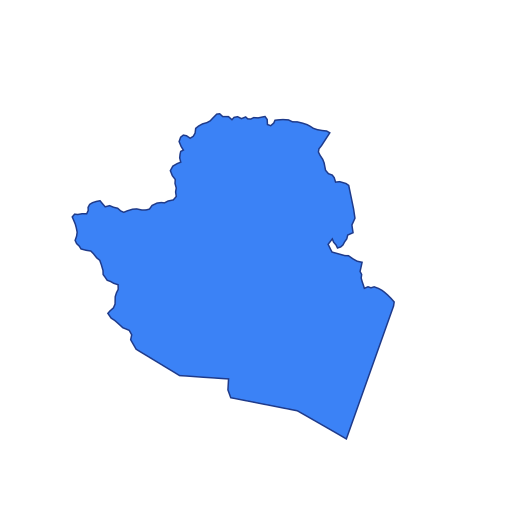 Caturama, Bahia, Brazil (Albers equal-area conic projection), rotated 303°
{"feature_id": "56859067B37674198334036", "entity_name": "Caturama", "entity_type": "district", "adm_level": 2, "iso_a3": "BRA", "parent_name": "Brazil", "parent_adm1": "Bahia", "projection": "albers", "projection_center": [-42.287, -13.232], "detail": "fine", "context": "isolated", "style": "filled", "palette": "blue", "viewbox_px": 512, "rotation_deg": 303, "n_neighbors": 0, "source": "geoboundaries", "source_scale": "gbopen_adm2", "svg_char_len": 2552}
<svg xmlns="http://www.w3.org/2000/svg" viewBox="0 0 512 512"><g transform="rotate(303 256 256)"><path d="M399.5,250.8L399.3,247.2L397.2,243.0L395.3,238.5L394.3,234.5L394.3,230.7L394.0,227.3L392.8,222.8L391.0,217.7L388.4,213.5L387.8,209.1L385.1,204.3L382.1,200.3L380.2,198.0L377.2,198.5L373.3,197.4L372.5,194.0L376.6,191.0L377.9,187.6L375.8,185.4L373.0,182.6L370.8,178.7L368.0,177.0L366.5,174.4L367.0,171.6L363.3,169.0L362.8,164.7L360.3,162.1L357.2,161.6L357.9,157.0L354.8,152.2L355.5,148.1L353.6,145.8L348.3,144.7L344.4,144.0L341.1,142.2L337.7,139.2L333.8,137.1L330.2,135.9L325.9,138.0L322.2,138.2L318.9,136.6L319.0,132.2L317.8,129.2L314.6,128.1L310.1,129.2L307.0,133.7L305.3,137.4L302.7,135.9L300.0,136.9L296.7,138.6L293.7,141.8L290.6,139.6L286.1,137.3L280.9,137.7L277.8,142.1L276.2,146.6L272.7,148.6L269.6,152.1L265.9,153.7L262.5,156.7L258.0,156.1L254.2,152.3L250.7,150.3L249.2,147.4L246.5,144.2L241.8,141.3L237.3,141.1L234.7,138.7L232.4,135.2L230.5,130.3L228.0,127.0L223.7,123.4L220.6,121.3L220.1,117.9L220.7,114.0L219.3,110.0L218.5,105.8L215.1,102.7L216.2,98.9L217.4,95.1L214.7,92.3L211.6,89.8L208.7,88.4L205.3,88.7L202.8,90.5L199.2,91.0L196.7,87.1L193.7,83.9L192.3,81.1L188.7,80.6L186.7,83.6L184.3,87.1L181.8,89.9L178.5,93.1L175.0,94.7L170.6,95.8L168.7,98.8L168.0,102.5L166.6,105.4L168.3,110.5L170.2,114.7L169.4,118.4L167.7,123.4L167.3,127.3L164.4,131.1L160.5,135.6L157.2,137.9L156.1,140.8L154.6,144.4L155.4,147.8L155.6,151.5L156.8,156.0L153.0,158.6L149.2,159.0L145.2,160.1L138.9,164.0L134.8,164.7L130.7,163.5L127.2,163.0L125.0,168.3L125.0,172.7L124.3,177.4L123.3,183.4L124.0,186.8L124.6,190.2L122.2,194.7L117.5,196.5L112.5,206.3L114.1,257.1L117.3,262.7L125.7,278.0L130.1,285.8L133.9,292.7L136.4,297.2L138.0,299.9L128.4,305.4L123.4,312.0L148.7,375.0L149.8,394.0L151.3,421.0L151.8,431.4L289.0,398.6L292.7,396.9L293.9,392.7L295.0,387.6L295.6,383.3L295.8,380.3L295.5,376.4L294.5,371.9L291.9,369.7L291.2,366.7L287.9,364.5L289.8,362.2L292.4,358.9L294.8,356.2L298.0,354.7L299.7,351.7L308.5,348.4L306.7,343.6L306.4,339.0L306.6,333.4L304.7,330.3L303.8,327.4L300.7,317.6L302.2,314.9L305.1,310.1L311.9,310.7L309.9,313.5L308.8,317.2L307.1,320.0L309.7,322.1L312.6,322.9L316.1,322.6L319.8,322.8L323.5,321.5L328.4,324.7L331.3,322.1L334.3,319.5L337.8,319.0L341.6,318.4L348.6,312.2L365.7,295.3L365.8,292.0L364.8,288.6L363.9,285.7L361.3,282.5L364.3,278.9L365.4,275.9L364.5,271.9L365.8,267.6L368.9,264.6L371.1,262.5L373.4,259.3L375.3,254.9L377.2,251.7L380.2,250.4L384.2,250.8L393.8,250.8L399.5,250.8Z" fill="#3b82f6" stroke="#1e3a8a" stroke-width="1.5"/></g></svg>